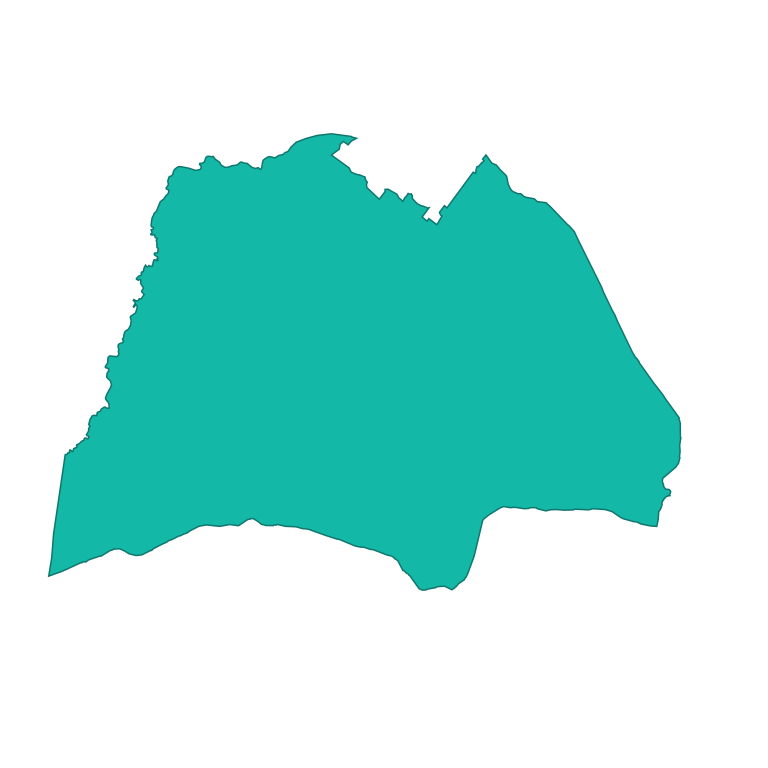 outline of Santa Ana, Petén, Guatemala, rotated 189°
{"feature_id": "79465075B84602984839461", "entity_name": "Santa Ana", "entity_type": "district", "adm_level": 2, "iso_a3": "GTM", "parent_name": "Guatemala", "parent_adm1": "Petén", "projection": "robinson", "projection_center": [-89.487, 16.831], "detail": "fine", "context": "isolated", "style": "filled", "palette": "teal", "viewbox_px": 768, "rotation_deg": 189, "n_neighbors": 0, "source": "geoboundaries", "source_scale": "gbopen_adm2", "svg_char_len": 6125}
<svg xmlns="http://www.w3.org/2000/svg" viewBox="0 0 768 768"><g transform="rotate(189 384 384)"><path d="M687.8,264.4L686.9,184.0L685.0,160.2L685.1,141.8L672.7,148.6L655.4,160.1L654.4,160.2L653.4,161.4L650.6,161.6L648.8,163.6L646.3,165.1L637.3,169.8L636.7,169.6L628.4,176.7L626.6,177.4L625.4,178.5L619.5,179.9L614.5,178.6L609.2,176.4L601.9,175.8L596.4,177.4L588.4,183.1L587.5,183.2L586.2,185.1L577.8,191.3L574.1,193.6L571.5,196.2L570.0,196.6L562.5,202.0L561.5,202.1L558.4,204.4L555.4,205.9L552.4,208.8L544.6,214.5L537.6,217.0L523.9,217.7L514.5,221.0L505.5,221.3L497.3,228.9L494.6,229.8L493.9,230.4L491.7,230.5L486.0,228.0L483.4,226.3L478.0,225.8L471.0,226.9L470.7,227.5L468.1,227.9L467.4,228.6L459.2,228.0L448.5,229.2L441.8,228.4L436.4,228.8L417.3,225.2L405.9,223.4L404.3,223.6L387.1,219.5L382.3,219.2L378.2,219.6L371.6,218.5L369.0,218.7L353.7,215.5L349.9,215.3L347.1,214.3L346.7,213.5L342.8,211.7L336.1,202.7L334.8,202.7L332.0,200.6L330.2,200.1L329.4,199.0L328.7,198.9L317.2,187.2L313.8,186.4L310.3,187.2L308.7,188.3L301.2,190.9L299.8,192.1L292.6,193.8L284.7,191.4L282.3,193.7L282.2,194.6L281.3,194.8L279.1,198.4L274.0,203.3L273.4,205.4L272.7,206.1L271.5,210.3L268.0,228.3L265.2,264.5L264.3,266.3L259.8,271.3L250.0,279.7L247.6,281.2L246.1,281.7L240.1,281.6L235.4,282.7L225.5,282.8L221.7,283.7L220.4,284.6L215.2,285.6L212.5,284.7L204.3,284.0L199.6,285.9L193.9,287.0L186.9,287.5L177.5,289.2L176.2,290.2L162.2,291.7L158.0,293.5L145.9,294.6L138.9,293.7L129.3,289.2L126.2,288.3L115.7,287.1L112.8,287.3L108.2,285.9L98.3,285.5L92.3,286.0L92.0,292.9L92.7,301.0L91.3,303.6L90.4,308.5L90.9,309.5L90.5,312.3L89.8,312.9L89.7,313.9L87.3,317.3L84.1,318.5L85.0,319.2L84.3,320.3L84.0,322.4L84.8,323.7L86.2,324.4L89.4,324.2L91.9,326.7L92.1,328.1L93.9,331.3L93.9,334.5L82.8,347.5L80.7,351.9L80.2,357.6L80.8,358.4L81.0,363.7L82.4,369.9L82.4,377.4L83.0,378.2L85.2,391.4L86.3,394.1L87.3,395.0L87.0,396.6L104.1,413.8L106.7,416.8L118.4,427.8L135.3,445.0L135.4,445.7L137.9,448.3L139.7,449.6L143.6,454.2L163.5,482.9L166.8,488.4L170.2,492.6L181.7,509.2L184.1,513.5L213.3,554.6L220.0,564.4L226.0,569.3L227.5,570.0L246.4,584.4L252.3,588.4L261.3,588.1L264.4,590.4L273.0,590.6L275.2,591.1L278.7,593.4L281.5,592.9L287.1,594.3L289.7,596.5L292.7,601.0L295.1,607.7L296.1,609.1L302.4,613.5L307.4,617.9L312.0,619.0L319.1,626.2L321.8,621.6L320.1,620.0L321.5,618.2L322.0,618.0L324.7,613.6L325.5,613.5L326.3,612.9L326.6,608.8L326.3,607.8L326.6,606.4L329.0,607.2L349.4,567.8L352.2,569.6L356.1,562.1L354.5,559.7L353.0,558.9L356.7,549.6L365.6,554.4L366.9,551.6L372.4,554.9L367.1,565.1L368.4,564.6L373.5,565.9L374.7,565.7L379.4,567.3L384.9,571.5L385.6,574.6L386.9,576.1L388.6,575.5L390.0,576.0L391.1,573.3L392.6,571.1L394.0,567.3L396.4,569.1L398.2,569.9L401.0,573.5L410.5,577.0L413.4,576.4L413.1,574.1L417.6,565.7L431.7,575.4L432.5,578.5L432.1,580.8L433.2,581.7L434.6,583.6L435.1,585.4L440.7,586.7L444.4,586.8L449.7,588.2L452.1,591.8L452.7,592.2L471.8,601.9L464.9,608.9L464.8,613.9L462.1,617.2L456.9,614.6L454.2,618.9L449.6,622.4L453.6,622.8L455.2,623.4L475.0,622.9L488.7,619.1L499.2,614.4L508.5,609.1L513.1,603.1L515.0,599.0L516.1,598.0L517.7,597.3L519.9,594.7L523.5,593.4L527.0,590.3L532.4,590.7L534.2,590.0L536.9,587.7L538.2,586.2L538.6,584.9L538.7,578.2L539.1,576.7L539.8,576.7L541.6,577.8L542.6,577.8L544.6,576.8L548.0,577.2L553.8,580.5L556.2,580.3L559.7,580.9L560.7,580.5L562.4,578.2L563.9,577.1L568.1,575.9L570.9,574.3L573.3,573.3L575.2,573.2L578.7,574.5L579.5,575.1L581.1,577.4L585.5,579.4L588.5,582.1L589.7,581.5L593.5,581.5L595.3,580.0L596.1,575.4L596.5,574.9L598.3,573.4L600.3,573.2L600.6,572.1L599.0,570.7L598.5,569.8L598.6,567.8L599.5,567.0L603.3,565.5L610.5,566.6L619.2,566.9L620.9,566.5L622.5,565.3L624.4,563.2L625.2,560.9L625.5,557.9L626.2,556.5L628.1,555.5L628.7,554.8L629.2,551.7L629.2,549.8L628.6,549.0L628.3,547.4L628.4,546.3L629.8,543.7L629.5,542.6L627.1,542.0L626.7,541.1L627.0,538.2L628.9,535.7L630.6,532.0L632.5,530.2L633.6,528.6L635.6,519.9L635.9,518.9L637.7,516.6L638.1,514.4L638.9,512.3L639.1,509.0L638.8,504.0L638.2,502.9L636.4,502.6L636.0,501.8L636.3,500.8L638.1,499.8L636.8,497.4L637.0,496.4L637.9,495.6L637.6,495.0L636.6,494.9L633.9,495.4L632.9,492.9L631.1,492.4L630.8,491.8L631.4,490.4L631.2,489.5L630.4,488.5L630.3,486.9L629.6,483.4L628.2,482.5L628.1,478.7L628.4,478.0L630.7,477.6L631.3,476.8L631.0,475.7L627.4,473.9L627.1,472.9L627.8,472.1L626.5,470.8L627.3,470.3L629.7,470.9L630.7,470.4L631.1,467.8L630.9,466.6L631.3,465.9L631.2,464.1L633.0,463.7L634.8,464.2L635.5,463.0L636.2,462.6L636.8,462.7L638.1,464.1L639.0,461.7L639.4,457.4L640.8,456.7L641.1,456.2L640.8,454.2L641.1,453.3L643.4,452.0L645.1,449.3L644.8,448.7L642.9,448.1L641.1,449.0L640.6,448.7L640.1,447.4L640.4,446.7L640.2,445.7L639.1,444.0L636.8,441.6L636.6,440.6L637.8,438.2L637.7,437.1L634.9,434.9L637.0,430.5L637.3,430.0L639.1,429.9L639.9,427.8L641.9,427.4L644.3,428.3L644.7,427.4L642.6,425.7L642.3,424.7L643.7,421.2L643.0,420.7L642.1,422.4L641.4,423.2L640.8,423.2L640.1,422.5L639.7,420.8L640.5,415.3L644.9,411.2L645.0,410.2L643.6,407.0L643.5,402.5L645.0,398.1L647.5,395.9L648.2,394.6L648.6,392.0L648.4,389.5L649.3,387.4L648.9,386.5L648.1,386.0L648.1,384.9L649.2,383.6L651.7,382.4L652.6,381.0L652.5,379.2L651.4,376.6L651.4,374.2L650.6,372.5L650.7,370.9L651.9,369.5L653.1,369.1L658.7,368.9L659.4,368.7L660.5,367.5L660.7,365.2L660.2,362.2L660.7,360.4L661.9,357.9L661.9,357.0L661.5,356.5L659.6,356.4L658.2,355.8L658.1,353.4L659.0,351.8L659.2,351.1L659.0,347.7L658.5,346.9L654.6,344.1L653.0,340.5L653.7,337.2L656.1,330.7L656.9,326.7L656.3,325.1L653.8,323.0L652.5,320.9L651.9,318.5L651.9,317.3L652.7,316.8L654.6,316.9L655.9,317.6L656.8,317.3L659.3,315.0L660.0,312.6L662.4,311.4L662.8,310.8L662.8,307.7L665.4,307.8L667.2,306.9L668.8,303.0L669.3,297.9L668.7,297.0L667.8,296.5L668.8,293.8L668.5,293.0L668.5,291.1L670.0,287.3L669.3,286.5L667.9,286.3L667.3,285.8L667.6,283.8L668.2,283.5L670.6,284.0L671.3,283.6L671.8,281.2L673.4,280.4L676.1,277.0L677.9,276.0L678.0,275.3L677.5,274.5L677.9,273.1L680.4,271.7L680.7,268.7L681.3,268.4L682.5,269.4L683.8,269.8L684.2,269.1L683.9,267.1L685.5,266.4L686.3,264.8L687.8,264.4Z" fill="#14b8a6" stroke="#0f766e" stroke-width="1.5"/></g></svg>